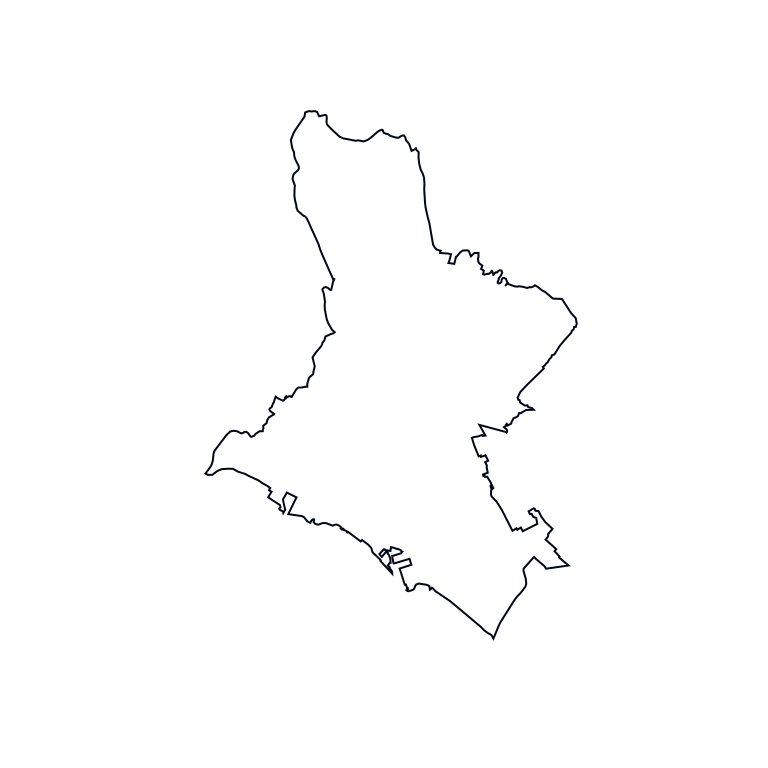 Kota Cirebon, Jawa Barat, Indonesia, rotated 151°
{"feature_id": "22746128B80288264799633", "entity_name": "Kota Cirebon", "entity_type": "district", "adm_level": 2, "iso_a3": "IDN", "parent_name": "Indonesia", "parent_adm1": "Jawa Barat", "projection": "orthographic", "projection_center": [108.552, -6.744], "detail": "fine", "context": "isolated", "style": "outline", "palette": "ink", "viewbox_px": 768, "rotation_deg": 151, "n_neighbors": 0, "source": "geoboundaries", "source_scale": "gbopen_adm2", "svg_char_len": 6166}
<svg xmlns="http://www.w3.org/2000/svg" viewBox="0 0 768 768"><g transform="rotate(151 384 384)"><path d="M575.4,396.0L583.6,392.2L582.1,389.9L578.3,387.8L571.7,388.7L567.1,388.2L561.5,385.5L557.2,383.0L554.2,378.1L548.9,372.5L546.9,369.2L540.7,360.8L538.2,355.8L535.4,351.4L534.0,348.2L534.8,347.9L536.0,346.7L534.6,344.3L540.3,341.1L533.7,328.5L534.2,326.5L536.1,325.9L535.9,324.0L534.2,321.7L534.6,320.0L531.4,322.0L528.4,332.0L521.6,336.1L515.5,327.3L530.8,316.6L519.9,308.3L518.5,306.2L517.6,300.9L515.8,298.2L514.1,299.6L512.2,300.1L511.0,299.8L510.8,299.3L512.5,297.3L512.2,295.7L511.0,293.9L509.3,292.7L505.2,292.2L502.1,290.4L497.5,284.9L495.0,284.7L493.6,284.1L491.8,281.7L491.0,279.2L492.0,278.6L491.3,277.1L490.0,277.4L489.7,276.9L490.3,276.3L488.2,273.8L488.1,272.0L487.2,272.2L480.7,257.6L478.8,258.2L475.7,251.1L474.6,246.8L475.6,242.3L472.5,232.6L472.3,231.4L472.9,231.0L468.8,214.1L467.9,216.2L467.9,217.8L468.4,219.8L468.0,220.2L468.3,220.9L467.9,221.3L468.8,223.3L465.8,224.7L464.9,224.4L463.1,228.5L462.6,232.7L463.1,234.1L462.4,234.8L462.7,235.5L463.8,236.2L469.7,233.8L470.5,237.5L464.1,239.5L463.4,238.8L463.5,238.2L459.3,234.9L457.0,237.9L454.7,235.9L452.8,233.5L452.3,233.5L450.0,230.8L449.9,229.1L449.3,228.5L451.1,227.6L460.3,229.6L462.5,223.0L462.3,222.2L446.4,218.7L447.7,212.6L459.8,215.0L463.1,198.4L462.0,197.9L462.8,194.2L462.2,194.0L462.5,192.8L464.3,192.8L463.8,191.5L462.7,190.7L458.2,189.9L456.6,190.5L454.7,192.2L453.1,193.0L450.2,192.5L444.0,187.7L442.3,185.3L443.6,181.8L443.2,181.7L440.9,182.6L440.4,181.7L439.4,177.7L431.5,162.2L417.1,124.8L415.8,120.0L414.3,116.6L411.7,112.3L411.7,108.3L400.4,117.3L397.6,119.2L374.1,132.1L370.2,133.7L365.5,135.1L358.5,138.3L356.5,140.2L355.3,142.9L354.4,145.1L352.6,153.0L351.3,154.9L337.8,159.6L336.5,159.9L336.0,157.6L332.0,147.0L331.8,143.9L310.6,135.8L315.0,147.3L314.1,148.1L315.9,155.1L313.4,156.0L318.1,169.6L314.8,170.9L313.1,172.9L313.2,173.2L306.8,175.6L309.9,185.0L310.7,191.7L310.5,198.0L313.0,199.7L312.7,201.8L313.3,202.7L319.2,202.5L319.5,199.4L317.8,198.8L317.9,195.4L315.8,193.1L317.8,187.3L334.0,188.0L333.9,192.1L338.1,191.9L338.1,193.6L342.8,193.3L342.0,216.8L342.5,226.2L344.4,233.3L344.1,235.3L341.8,239.2L338.8,240.0L338.8,241.0L340.7,241.0L340.3,243.2L338.7,243.1L338.8,244.8L338.4,245.5L338.7,252.9L340.7,253.9L340.4,255.3L341.7,255.4L341.2,256.9L336.3,256.1L334.5,261.5L333.5,263.0L333.4,266.6L330.1,266.4L329.8,272.6L331.4,272.6L334.5,273.3L334.1,274.6L336.3,274.8L334.8,286.9L333.2,294.3L330.7,293.9L327.1,292.5L322.9,291.9L322.6,291.5L322.7,290.7L320.3,289.7L320.4,302.0L300.6,282.9L300.5,282.2L299.5,282.5L298.7,284.7L300.0,288.1L297.3,288.3L297.3,289.1L295.9,289.6L295.9,287.7L291.9,287.7L291.0,288.8L287.2,291.3L284.7,290.8L282.2,291.1L280.0,293.1L278.6,292.2L272.3,292.4L265.6,288.9L266.3,291.2L269.1,294.0L268.9,295.9L271.2,296.7L273.9,301.8L273.2,304.1L274.2,305.1L273.7,307.3L268.9,310.8L260.4,313.6L236.7,320.1L236.7,322.1L234.7,322.2L231.7,323.5L230.4,323.6L227.0,325.7L224.8,326.1L223.3,327.8L220.7,327.2L211.7,332.2L203.6,335.3L195.5,338.0L194.0,339.3L191.5,340.0L190.0,341.7L188.6,340.9L186.3,343.1L184.4,348.6L186.0,355.4L187.1,372.0L194.8,376.8L198.4,386.2L200.3,389.1L202.7,394.9L204.0,397.0L204.2,396.8L208.2,397.1L209.5,398.0L212.4,398.7L215.2,401.5L218.6,404.1L220.0,404.4L222.3,406.0L227.7,412.2L230.5,410.9L226.6,412.8L226.8,414.1L226.4,416.7L227.4,418.5L228.4,419.1L230.1,418.5L232.0,416.3L233.1,416.0L234.7,416.1L235.5,417.4L234.9,418.4L232.7,420.0L232.5,420.7L229.1,422.2L226.5,424.2L226.3,426.4L227.7,427.4L229.1,427.5L231.1,426.7L232.0,427.5L232.9,427.5L234.5,426.6L235.5,426.5L234.6,430.2L235.1,430.8L236.4,429.7L239.0,429.6L239.9,429.9L240.2,430.3L243.3,431.0L244.1,432.0L241.8,434.7L243.3,437.6L240.6,439.8L242.3,443.6L242.2,445.0L241.1,448.1L239.9,449.1L237.8,452.9L241.6,454.8L246.1,453.5L245.4,458.5L245.7,459.9L246.6,460.7L250.5,462.6L253.8,462.1L258.5,460.3L259.3,460.4L264.3,455.0L269.0,458.6L266.5,460.7L262.5,465.0L265.1,467.3L271.4,471.4L271.0,472.2L269.9,473.0L272.8,476.1L273.5,479.1L273.5,482.1L266.1,503.4L265.0,508.3L262.0,518.3L260.3,522.5L254.6,534.5L251.4,539.8L248.9,545.2L248.1,549.4L248.0,553.7L246.4,559.6L244.1,565.2L241.7,569.2L241.3,570.2L242.2,573.3L241.9,574.7L243.5,574.3L246.9,574.5L245.6,581.9L246.6,586.3L245.8,589.5L246.0,591.6L246.8,592.2L248.9,592.6L251.7,592.3L253.8,593.5L258.2,597.9L259.1,600.2L261.4,602.4L262.5,604.1L262.0,606.5L262.6,607.5L266.1,607.9L276.7,605.7L280.0,605.4L284.1,606.0L288.4,609.6L290.9,610.5L300.5,618.6L303.0,621.9L306.1,631.4L307.8,637.6L307.9,639.3L307.5,640.6L304.9,644.7L304.2,646.7L304.7,647.8L310.9,649.6L310.7,654.5L312.0,656.0L314.0,657.1L315.0,657.2L316.5,658.6L318.7,659.4L321.3,659.7L323.9,656.4L338.7,649.0L342.4,646.6L347.2,642.5L349.9,634.9L350.4,630.2L351.8,627.2L352.4,625.0L352.8,621.9L352.9,616.8L353.4,614.7L354.0,613.7L355.3,612.9L356.5,612.4L360.2,611.7L361.6,611.0L363.3,609.3L364.6,607.6L365.8,600.6L367.1,598.9L371.0,592.3L372.7,588.0L374.1,582.6L375.0,581.0L375.5,577.4L372.9,570.2L371.8,568.9L371.2,566.0L373.5,538.0L374.6,532.7L375.4,526.0L377.8,499.0L375.9,500.5L377.8,498.9L378.5,498.7L384.4,492.0L385.4,492.3L386.5,495.3L388.1,497.1L389.9,497.5L391.8,496.8L392.5,495.0L392.4,494.3L393.1,491.5L395.7,484.6L397.6,481.9L399.6,477.9L402.6,468.8L403.3,464.3L403.2,456.7L402.0,453.2L403.7,452.9L405.9,453.4L412.2,453.9L414.8,451.2L417.9,449.9L418.9,448.7L420.5,447.6L429.0,444.3L433.6,441.9L436.1,432.9L439.8,428.9L440.9,427.3L441.7,426.8L445.7,426.1L447.2,425.1L451.0,421.4L452.4,418.8L454.8,420.0L457.6,420.8L460.8,422.5L463.7,421.7L471.8,417.0L471.0,418.1L472.8,419.3L474.6,419.3L475.4,420.8L477.2,420.0L476.8,419.1L478.8,418.7L480.2,418.0L480.0,417.7L483.5,422.6L485.0,425.4L489.8,421.0L490.5,420.8L493.4,418.3L495.9,417.9L496.6,417.2L496.6,415.3L494.6,411.1L495.0,410.8L500.8,410.6L503.3,409.2L505.7,406.7L510.0,406.0L510.9,403.7L512.1,402.9L512.9,401.5L515.9,403.0L520.6,402.6L523.0,401.6L525.3,402.1L526.2,402.7L526.7,407.0L527.6,408.9L529.1,409.7L531.3,409.6L532.8,410.0L535.3,413.8L538.4,416.1L541.6,417.0L546.6,415.7L564.5,407.8L566.8,405.8L570.8,400.0L574.2,396.8L575.4,396.0Z" fill="none" stroke="#020617" stroke-width="2"/></g></svg>